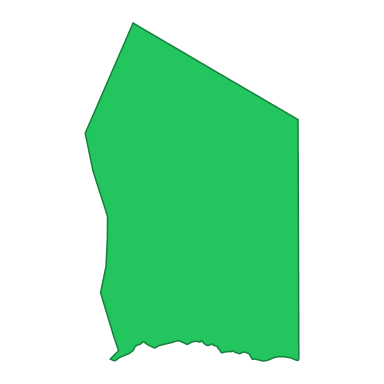 the Préfecture of Ennedi
{"feature_id": "TCD-5579", "entity_name": "Ennedi", "entity_type": "Préfecture", "adm_level": 1, "iso_a3": "TCD", "parent_name": "Chad", "parent_adm1": "", "projection": "natural_earth1", "projection_center": [22.297, 18.351], "detail": "fine", "context": "isolated", "style": "filled", "palette": "green", "viewbox_px": 384, "rotation_deg": 0, "n_neighbors": 0, "source": "natural_earth", "source_scale": "10m", "svg_char_len": 2545}
<svg xmlns="http://www.w3.org/2000/svg" viewBox="0 0 384 384"><path d="M133.1,23.0L139.6,26.9L146.2,30.8L152.8,34.6L159.4,38.5L166.0,42.4L172.6,46.2L179.2,50.1L185.7,53.9L192.3,57.8L198.9,61.7L205.5,65.5L212.1,69.4L218.7,73.3L225.3,77.1L231.9,81.0L238.5,84.8L245.1,88.7L251.8,92.6L258.4,96.4L265.0,100.3L271.6,104.2L278.2,108.0L284.8,111.9L291.4,115.7L298.0,119.6L298.1,134.3L298.1,149.0L298.2,163.7L298.2,178.4L298.3,193.1L298.3,207.8L298.4,222.5L298.4,237.2L298.5,251.9L298.5,266.6L298.6,281.3L298.6,296.0L298.7,310.7L298.7,325.4L298.7,340.1L298.8,354.7L298.8,358.4L298.2,360.3L296.7,360.3L290.4,357.8L283.9,356.7L277.7,356.7L274.2,357.6L267.1,360.5L263.0,361.0L254.8,359.0L252.2,359.3L252.1,359.1L249.5,354.4L249.3,354.2L249.1,354.0L248.9,353.8L245.7,352.4L244.4,352.1L244.0,352.1L243.5,352.1L242.8,352.3L242.3,352.5L241.2,353.1L240.1,353.5L239.5,353.6L239.1,353.6L238.6,353.5L237.9,353.3L237.5,353.1L237.1,352.9L236.9,352.8L235.5,352.5L235.2,352.4L234.9,352.3L233.9,351.3L233.6,351.1L233.3,351.0L232.8,351.0L232.1,351.2L231.1,351.7L230.7,351.7L229.1,351.5L228.0,351.6L226.1,351.9L224.4,352.0L223.8,352.2L223.5,352.3L222.8,352.7L222.5,352.8L222.1,352.9L221.6,352.7L221.3,352.5L221.0,352.2L220.9,351.9L220.8,351.6L220.7,351.3L220.5,351.1L220.2,351.0L220.0,350.8L219.9,350.5L219.7,349.9L219.6,349.6L219.4,349.4L219.2,349.2L218.7,349.1L218.5,348.9L218.3,348.8L218.1,348.5L218.0,348.3L217.7,347.3L217.5,346.8L217.3,346.6L215.2,345.7L214.5,345.6L213.3,345.1L213.1,345.0L212.8,344.8L212.5,344.3L212.2,344.2L211.9,344.1L211.5,344.1L211.1,344.1L210.7,344.4L210.1,344.8L209.8,345.0L209.0,345.3L208.7,345.4L208.3,345.4L207.8,345.4L207.0,345.3L206.5,345.1L205.9,344.9L205.4,344.6L203.2,342.6L201.7,340.9L201.3,340.9L200.9,341.2L200.2,341.9L200.0,342.1L199.7,342.1L198.3,341.7L196.9,341.4L195.2,341.4L192.9,341.7L191.5,342.2L190.2,343.0L187.7,344.2L187.4,344.3L187.0,344.3L186.0,344.0L183.6,342.7L179.2,340.9L178.9,340.8L178.1,340.8L177.5,340.8L175.5,341.3L172.7,342.3L159.0,345.6L158.5,345.8L155.3,347.8L154.9,347.9L154.5,347.9L153.9,347.8L147.9,344.9L144.1,342.1L143.6,341.8L143.3,341.7L143.0,341.8L142.3,342.4L141.0,343.7L140.0,344.3L136.9,345.3L135.9,346.0L135.5,346.3L135.1,346.8L134.9,347.0L134.0,349.1L133.3,350.1L132.5,351.0L129.1,353.5L119.8,357.4L117.9,358.7L116.4,360.0L115.9,360.2L114.8,360.7L114.3,360.7L113.7,360.6L112.5,360.1L111.5,359.6L111.0,359.2L110.7,359.1L110.3,359.0L118.6,350.7L113.8,336.6L100.6,292.8L106.0,266.3L107.4,238.1L107.5,216.2L93.0,170.9L85.2,133.3L133.1,23.0Z" fill="#22c55e" stroke="#15803d" stroke-width="1.5"/></svg>